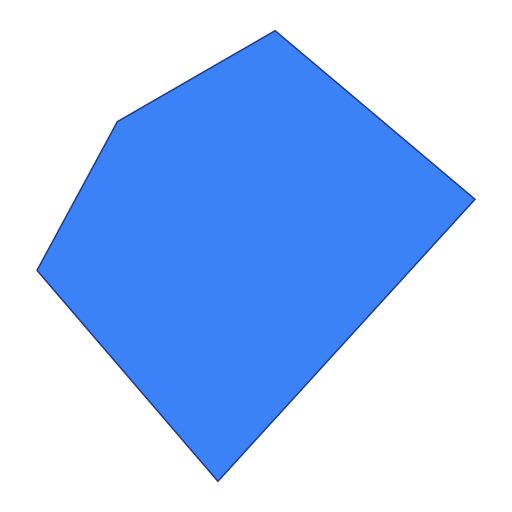 the border of Isla
{"feature_id": "MLT-5953", "entity_name": "Isla", "entity_type": "state/province", "adm_level": 1, "iso_a3": "MLT", "parent_name": "Malta", "parent_adm1": "", "projection": "albers", "projection_center": [14.513, 35.886], "detail": "fine", "context": "isolated", "style": "filled", "palette": "blue", "viewbox_px": 512, "rotation_deg": 0, "n_neighbors": 0, "source": "natural_earth", "source_scale": "10m", "svg_char_len": 202}
<svg xmlns="http://www.w3.org/2000/svg" viewBox="0 0 512 512"><path d="M117.4,121.6L275.1,30.7L475.0,199.3L217.9,481.3L37.0,270.4L117.4,121.6Z" fill="#3b82f6" stroke="#1e3a8a" stroke-width="1.5"/></svg>